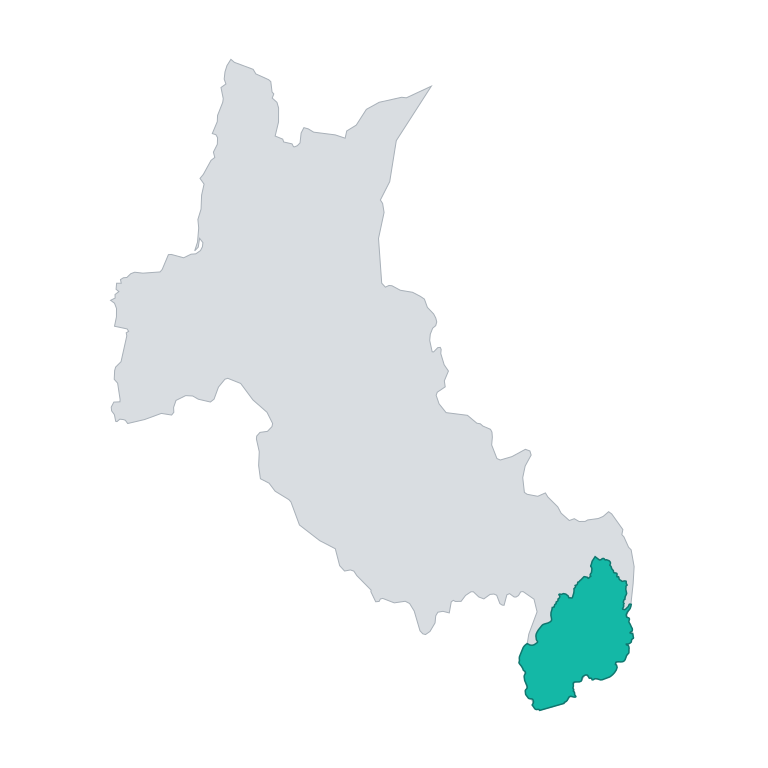 where Northern Areas sits in Pakistan, rotated 98°
{"feature_id": "PAK-1111", "entity_name": "Northern Areas", "entity_type": "Centrally Administered Area", "adm_level": 1, "iso_a3": "PAK", "parent_name": "Pakistan", "parent_adm1": "", "projection": "albers", "projection_center": [74.17, 35.776], "detail": "fine", "context": "in_parent", "style": "filled", "palette": "teal", "viewbox_px": 768, "rotation_deg": 98, "n_neighbors": 0, "source": "natural_earth", "source_scale": "10m", "svg_char_len": 9594}
<svg xmlns="http://www.w3.org/2000/svg" viewBox="0 0 768 768"><g transform="rotate(98 384 384)"><path d="M674.9,160.7L685.5,184.3L684.0,189.4L676.4,193.6L673.4,198.6L669.9,200.9L664.9,200.2L654.9,204.2L650.2,204.2L638.5,211.6L629.4,210.3L619.9,206.0L611.5,205.8L588.3,200.7L576.2,205.5L570.2,217.4L570.8,219.7L574.8,221.4L576.6,223.6L576.8,225.5L574.1,230.5L575.7,233.0L586.4,234.3L586.5,236.2L585.3,238.7L577.5,243.0L576.7,245.9L577.6,249.7L582.9,255.2L581.7,260.5L577.3,266.6L577.6,268.9L582.0,273.8L588.5,277.4L589.4,283.1L588.6,285.3L590.4,287.1L601.6,287.5L600.9,294.0L602.5,298.9L606.3,300.5L613.5,300.2L622.6,304.0L626.3,308.0L626.0,310.8L623.4,314.0L604.6,322.5L597.8,328.1L596.2,332.7L599.3,343.4L596.5,355.4L597.4,357.7L600.0,358.6L600.8,361.9L591.5,368.1L589.9,368.1L577.6,384.2L573.5,387.8L572.8,391.4L574.7,397.0L570.1,402.6L553.9,409.3L548.1,425.8L535.4,448.1L513.8,459.7L511.8,462.0L505.3,476.9L498.2,484.0L495.0,493.2L482.2,496.8L468.4,498.1L456.2,502.7L453.3,502.8L449.2,500.1L447.1,492.8L441.8,489.0L438.6,488.8L428.3,495.9L418.0,511.6L403.4,526.0L400.1,539.5L401.4,542.2L410.1,547.5L422.7,550.2L426.0,553.4L424.9,565.8L422.5,571.8L423.1,578.8L429.2,587.7L436.5,589.1L441.3,588.2L444.3,590.0L444.1,600.4L452.5,616.1L458.8,632.3L455.9,635.1L455.5,637.1L455.6,640.7L458.4,643.2L458.3,644.5L451.9,646.7L448.5,650.0L444.9,650.9L439.5,649.0L438.4,643.0L436.0,643.2L420.2,647.9L416.9,651.8L408.2,652.6L404.6,652.1L398.5,647.5L372.1,645.4L369.2,646.4L367.4,644.2L365.2,646.1L364.3,658.9L354.8,658.3L346.4,659.4L341.5,662.1L339.2,666.4L336.3,662.2L332.8,662.8L329.4,659.4L327.5,662.5L321.4,662.8L320.8,658.2L317.3,659.5L315.1,656.9L314.3,653.5L310.0,650.1L308.0,646.4L307.8,638.2L304.2,621.4L301.5,619.6L285.9,615.5L285.3,612.6L286.9,600.0L282.3,593.1L281.3,588.5L277.4,584.3L273.4,582.9L269.2,583.0L265.4,586.9L274.3,587.0L278.5,590.0L269.4,588.4L255.3,589.2L247.0,591.2L236.3,589.5L222.4,590.9L211.1,590.0L206.0,594.8L201.6,592.1L186.6,586.4L183.2,583.1L178.1,585.2L169.8,582.4L163.2,583.1L160.5,585.2L159.9,588.9L147.4,585.6L141.2,586.2L127.5,582.9L123.8,582.9L113.1,586.7L108.9,582.3L104.3,584.7L97.0,584.9L90.5,583.8L83.8,580.8L86.3,576.9L90.6,557.4L94.8,554.0L98.7,540.6L100.3,538.2L110.4,535.5L112.1,533.5L116.4,534.5L120.0,529.2L125.3,526.8L139.2,524.9L153.6,526.3L155.6,518.4L158.3,517.0L159.0,508.5L161.6,506.7L161.6,505.6L160.1,503.0L156.9,500.7L147.0,501.0L141.3,499.0L141.9,494.5L144.4,488.7L144.1,466.9L146.0,456.7L138.6,456.1L131.5,447.5L114.5,439.7L105.7,428.0L97.6,406.4L97.5,401.7L82.5,378.6L141.3,405.7L182.8,406.5L202.3,413.2L205.4,410.5L214.1,407.8L240.6,409.7L284.5,400.3L287.9,396.1L285.7,392.7L285.6,389.8L288.9,380.9L289.2,368.5L292.1,360.3L294.3,355.8L302.1,351.7L307.7,344.6L311.5,341.9L315.2,340.4L319.0,340.9L322.0,343.6L328.3,345.1L334.5,344.8L345.4,340.8L345.3,339.3L340.5,335.8L339.9,333.4L341.8,332.2L346.0,332.0L356.6,327.1L362.2,322.0L372.5,324.7L378.3,323.0L384.7,330.1L387.9,330.8L396.0,326.7L403.7,318.5L403.4,297.0L409.9,286.6L410.0,283.1L411.9,280.2L414.1,272.2L416.6,270.4L421.6,269.3L429.4,268.9L442.1,261.8L443.1,258.3L438.1,247.2L429.0,234.9L430.0,230.2L433.9,228.4L445.6,232.8L457.4,233.6L471.8,229.9L473.3,226.9L473.8,216.1L469.4,209.0L473.0,206.1L481.5,194.8L487.3,190.6L493.4,181.5L490.9,176.8L493.0,171.7L492.1,165.7L490.3,163.4L487.4,153.1L484.6,148.5L479.2,143.8L481.0,140.4L494.9,127.2L500.1,127.5L501.9,125.2L511.6,119.1L513.8,116.2L530.0,110.9L547.2,109.5L569.7,108.8L579.1,111.5L598.5,102.4L601.7,102.4L608.5,105.9L614.2,104.4L617.4,105.0L624.4,107.5L627.1,115.0L628.4,115.6L632.3,114.0L635.6,114.7L643.2,120.7L646.5,130.1L646.5,139.4L644.3,142.9L644.6,144.6L650.2,147.3L653.0,154.0L656.7,154.7L667.1,151.1L667.7,156.1L674.9,160.7Z" fill="#d9dde1" stroke="#a8b0b8" stroke-width="1"/><path d="M646.5,126.7L646.9,128.4L646.3,131.9L646.4,133.6L646.6,134.3L647.5,135.3L647.9,135.9L648.0,136.7L647.6,137.0L646.9,137.3L646.5,137.9L646.5,138.4L646.8,139.2L646.7,139.6L646.6,140.0L646.3,140.2L644.6,141.4L644.2,141.8L643.9,142.5L644.1,144.0L645.0,145.3L646.0,146.4L647.2,146.9L649.9,147.0L650.9,147.5L651.8,149.1L652.1,150.8L652.3,152.5L652.7,154.1L653.7,154.9L654.5,155.0L656.2,154.5L657.0,154.4L657.7,154.5L658.3,154.7L658.8,154.7L660.1,153.7L660.7,153.7L661.3,153.8L662.0,153.7L662.2,153.4L662.6,152.7L663.0,152.4L663.3,152.3L663.7,152.2L664.5,152.1L665.3,151.9L666.6,150.5L667.3,150.7L667.6,152.1L667.2,155.6L667.9,157.0L669.1,157.6L671.7,158.5L672.9,159.3L673.7,160.5L674.2,161.0L674.8,161.3L675.3,161.4L685.5,184.3L685.3,184.4L684.7,185.3L684.8,186.4L685.2,187.6L685.0,188.9L684.4,189.7L682.4,191.5L681.7,192.2L681.3,192.6L680.7,192.5L679.8,191.9L678.8,191.7L677.5,191.8L676.3,192.3L675.5,193.0L675.2,194.0L675.4,196.3L675.1,197.2L671.9,200.4L671.5,200.6L668.4,201.4L667.8,201.4L667.2,201.2L665.6,200.1L664.3,199.9L662.9,200.4L658.1,203.4L654.3,204.5L653.1,204.5L650.8,203.6L649.6,203.9L649.0,204.4L648.3,205.7L647.9,206.3L647.6,206.5L646.7,206.8L644.4,208.6L642.3,210.8L641.6,211.4L641.0,211.6L639.4,211.4L638.7,211.4L636.6,211.9L635.1,211.9L625.6,209.5L624.2,208.8L622.7,207.7L622.1,207.1L621.6,206.3L621.2,206.0L621.3,205.5L622.1,203.5L622.2,202.1L622.0,200.6L621.4,199.2L620.5,198.1L618.8,196.3L618.1,196.0L617.5,196.2L616.2,197.4L615.5,197.7L614.1,198.0L613.3,198.3L612.2,198.5L610.5,198.5L608.4,197.9L606.0,196.9L601.1,194.0L600.1,193.1L599.3,191.7L597.9,188.5L597.0,187.1L596.0,185.9L594.9,185.3L594.0,185.2L592.2,185.7L590.0,186.5L587.1,186.8L583.9,186.3L582.0,186.3L582.0,186.0L582.0,185.9L581.8,185.7L581.3,185.3L581.2,185.1L581.2,184.9L581.3,184.6L581.2,184.5L581.1,184.4L580.4,184.4L578.9,184.3L578.7,184.2L577.8,183.4L577.7,183.1L577.3,183.0L576.8,183.0L576.5,183.1L576.2,183.2L575.8,183.1L574.9,181.9L574.0,181.6L573.6,181.5L573.0,181.8L572.8,181.8L572.6,181.7L571.9,180.9L571.3,180.6L570.9,180.4L570.6,180.4L569.7,180.3L569.4,180.5L568.6,181.3L568.3,181.5L568.1,181.5L568.0,181.4L567.8,181.2L567.6,180.8L567.5,180.5L567.5,180.4L567.6,180.2L567.7,179.5L567.7,179.3L567.7,179.1L566.6,177.2L566.6,176.8L566.7,175.6L566.7,175.2L566.8,174.6L567.6,173.3L568.0,172.4L568.5,172.0L569.4,171.5L569.8,171.4L570.0,171.2L569.9,170.6L569.8,168.8L569.8,168.6L569.6,167.9L569.1,167.7L564.6,167.0L562.4,167.0L560.2,167.4L558.8,166.3L558.0,166.1L556.9,166.7L556.4,165.8L556.3,165.3L555.9,165.0L555.6,164.8L555.3,164.7L554.9,164.6L554.7,164.6L554.0,164.6L553.4,164.5L553.3,164.4L553.1,164.3L553.0,163.9L552.9,163.7L552.7,163.4L551.3,162.5L550.5,161.7L547.3,159.4L547.1,159.2L546.9,159.0L546.9,158.7L546.9,158.1L547.1,155.9L547.1,155.7L547.9,155.0L548.0,154.8L548.0,154.7L547.9,154.5L547.8,154.3L546.8,153.6L546.4,153.3L545.9,152.8L545.8,152.5L545.7,152.4L545.4,152.5L545.1,152.9L544.8,153.1L544.7,153.2L544.4,153.2L544.1,153.3L543.7,153.2L543.2,153.0L542.9,152.9L542.6,152.7L542.1,152.4L541.8,152.3L541.6,152.3L538.1,152.4L537.5,152.6L536.2,153.4L535.8,153.9L535.3,154.0L533.8,153.6L530.5,153.2L525.6,150.9L528.2,146.3L528.3,146.1L528.0,145.3L528.0,145.0L527.7,144.6L526.6,143.6L526.5,143.3L526.4,143.2L526.3,142.8L526.2,142.6L526.3,142.3L526.3,141.9L526.4,141.7L527.4,140.6L527.4,140.3L527.4,140.1L527.1,139.4L527.2,138.6L527.6,136.8L527.7,136.6L527.8,136.3L528.1,136.0L528.3,135.7L528.6,135.4L529.1,135.0L529.6,134.9L530.0,134.8L530.3,134.8L530.7,134.8L531.7,135.2L531.9,135.2L532.1,135.1L532.8,134.1L533.0,133.9L533.7,133.4L534.2,133.2L534.7,133.1L534.9,132.9L535.3,132.7L536.6,131.2L536.9,130.9L537.2,130.8L538.3,130.5L538.6,130.3L538.8,130.0L538.9,129.8L538.9,129.6L538.9,129.0L538.9,128.0L539.1,127.2L539.3,127.0L539.6,126.8L540.3,126.7L541.4,126.7L542.2,126.6L542.4,126.5L542.5,126.4L542.5,126.1L542.5,125.8L542.2,125.2L542.3,124.9L542.5,124.7L544.4,124.0L544.8,123.7L545.1,123.3L545.2,123.0L545.4,122.4L545.5,122.2L545.9,121.5L546.3,120.9L546.3,120.7L546.2,120.3L545.7,118.9L545.5,118.3L545.5,117.4L545.5,117.0L545.6,116.8L545.7,116.7L546.4,116.6L547.6,116.4L548.0,116.2L549.0,115.4L549.4,115.3L549.7,115.6L550.3,116.1L550.6,116.3L551.5,116.1L552.4,116.0L553.0,116.1L553.3,116.1L553.9,115.9L557.5,114.6L557.9,114.6L558.8,114.8L560.9,115.5L561.1,115.6L561.8,115.5L562.2,115.5L562.4,115.5L562.6,115.7L562.8,115.7L563.0,115.6L563.5,115.4L563.8,115.5L564.1,116.0L564.3,116.2L564.5,116.4L564.6,116.5L564.8,116.5L565.7,116.5L566.0,116.5L566.4,116.7L566.6,116.7L566.8,116.7L567.2,116.5L567.8,115.8L568.1,115.7L568.3,115.8L568.6,115.9L569.3,116.2L569.5,116.2L570.3,115.7L570.5,115.7L570.9,115.7L571.9,116.0L572.7,116.3L573.4,116.5L573.5,116.4L573.8,116.3L573.8,116.1L573.8,115.5L573.8,115.3L574.0,114.9L574.0,114.7L573.8,113.9L573.6,113.6L573.2,113.3L571.3,111.9L570.8,111.4L570.3,111.1L569.9,111.0L568.7,110.7L568.4,110.6L568.0,110.4L567.8,110.1L567.8,109.9L567.7,109.4L567.8,108.5L569.9,108.6L572.0,109.0L573.1,109.5L575.9,111.3L576.9,111.5L578.0,111.9L579.0,112.0L581.0,111.3L581.3,110.8L581.5,109.4L581.7,108.8L582.2,108.4L582.8,108.2L585.1,108.5L585.9,108.2L587.6,106.8L590.5,105.0L591.4,104.2L592.8,103.8L593.5,103.8L594.2,104.0L594.5,104.2L595.1,105.1L595.8,105.7L596.3,105.6L596.6,104.2L596.7,103.9L596.7,103.6L596.7,103.3L596.5,103.0L597.2,102.7L599.4,102.1L600.6,101.6L601.2,101.7L601.7,102.4L602.6,103.2L605.1,103.2L606.3,104.2L607.3,105.7L607.5,106.2L607.7,107.5L607.9,107.9L608.4,107.7L608.6,107.3L608.9,106.0L609.2,105.5L609.7,105.1L610.3,104.9L611.5,104.5L612.8,104.5L615.8,104.1L616.4,104.2L616.9,104.5L617.9,105.3L619.1,106.0L623.2,106.8L624.5,107.4L625.4,108.3L626.0,109.6L626.3,111.2L626.4,113.0L626.7,114.6L627.4,115.7L629.5,115.8L629.7,115.4L629.8,115.0L630.0,114.6L632.2,113.7L634.9,114.2L637.7,115.5L639.9,117.0L642.0,118.9L642.8,119.9L646.5,126.7Z" fill="#14b8a6" stroke="#0f766e" stroke-width="1.5"/></g></svg>